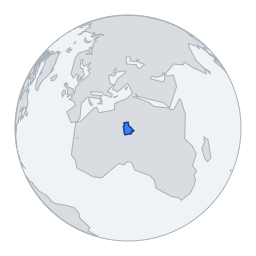 globe centered on Borkou, rotated 323°
{"feature_id": "TCD-5577", "entity_name": "Borkou", "entity_type": "Préfecture", "adm_level": 1, "iso_a3": "TCD", "parent_name": "Chad", "parent_adm1": "", "projection": "orthographic", "projection_center": [18.999, 18.69], "detail": "fine", "context": "on_globe", "style": "filled", "palette": "blue", "viewbox_px": 256, "rotation_deg": 323, "n_neighbors": 0, "source": "natural_earth", "source_scale": "10m", "svg_char_len": 9290}
<svg xmlns="http://www.w3.org/2000/svg" viewBox="0 0 256 256"><g transform="rotate(323 128 128)"><circle cx="128" cy="128" r="113" fill="#eef3f6" stroke="#a8b0b8"/><path d="M125.5,15.4L125.2,15.4L123.4,15.5L125.5,15.4ZM110.3,16.8L107.6,17.3L93.8,21.0L95.3,20.7L91.1,22.4L91.2,22.8L88.6,23.7L91.0,23.3L93.4,22.4L95.2,22.0L95.5,22.3L92.3,23.3L91.6,23.4L90.8,23.8L89.1,24.3L90.1,24.2L86.1,25.7L90.5,24.7L87.7,26.3L84.9,27.2L84.7,26.4L77.7,27.8L74.8,29.1L71.0,31.3L64.9,36.4L61.9,38.3L58.3,41.3L60.1,40.4L63.6,37.7L66.2,37.1L70.2,34.3L71.8,33.7L76.1,31.4L76.0,32.6L73.5,35.1L69.9,37.1L68.8,38.4L72.6,37.3L66.4,42.4L63.0,48.2L61.3,49.6L57.3,50.4L56.2,47.8L50.9,50.1L54.8,49.6L50.6,53.8L50.1,55.0L50.7,55.5L52.5,54.4L51.1,56.2L46.7,57.1L47.9,55.4L49.3,55.1L48.7,54.1L45.7,55.3L43.8,57.6L41.4,57.9L40.0,59.7L38.6,61.0L41.0,58.0L36.7,63.5L33.5,66.8L28.1,75.9L32.1,68.9L36.6,62.1L41.6,55.8L47.0,49.8L52.8,44.2L59.0,39.0L65.5,34.3L72.4,30.0L79.6,26.3L87.0,23.1L94.6,20.4L102.4,18.3L110.3,16.8ZM17.7,105.1L18.0,104.6L16.8,110.7L17.9,106.2L17.4,110.2L18.7,113.8L18.3,114.9L19.2,125.5L22.2,132.3L22.9,137.7L22.4,140.1L23.8,142.2L23.9,144.1L31.6,151.9L37.0,159.2L37.8,165.6L35.3,170.9L37.6,184.6L34.2,185.9L36.4,191.1L39.2,197.1L37.1,194.5L32.3,187.4L28.0,179.9L24.4,172.2L21.3,164.2L18.9,156.0L17.1,147.6L15.9,139.1L15.4,130.6L15.5,122.0L16.3,113.5L17.7,105.1ZM24.9,82.6L22.5,89.1L22.8,87.8L23.0,87.2L24.2,84.3L24.9,82.6ZM28.0,76.4L28.4,75.4L28.2,76.0L28.0,76.4ZM75.9,31.0L75.1,31.5L75.9,31.0ZM77.6,29.9L76.6,30.1L77.2,29.6L77.9,29.5L77.6,29.9ZM78.8,29.8L78.6,28.8L79.8,28.0L83.3,26.9L78.8,29.8ZM94.0,22.0L91.5,22.9L93.3,22.0L94.0,22.0ZM94.7,21.6L97.5,19.8L101.4,18.8L99.6,19.5L104.3,18.2L104.8,18.6L102.3,19.3L99.8,19.9L101.9,19.6L94.7,21.6ZM139.2,15.9L139.5,16.0L138.3,15.8L139.2,15.9ZM96.1,21.8L96.3,21.4L99.6,20.5L99.8,21.1L98.7,21.2L96.1,21.8ZM105.4,17.9L107.9,17.4L108.9,17.5L110.0,17.4L105.2,18.5L105.4,17.9ZM98.1,21.5L99.8,21.4L98.5,22.2L96.1,22.1L98.1,21.5ZM100.4,20.1L102.0,19.7L101.2,20.1L100.4,20.1ZM94.9,25.1L95.1,24.4L96.8,23.9L94.9,25.1ZM100.5,21.4L100.9,21.1L101.6,20.9L102.5,21.0L100.5,21.4ZM106.2,18.6L106.2,18.8L108.3,18.1L109.2,18.4L105.8,19.1L107.6,18.9L107.9,19.0L104.8,19.6L106.2,18.6ZM105.5,20.5L101.4,21.8L100.6,23.0L99.0,23.5L100.6,21.6L105.5,20.5ZM105.3,19.9L105.0,20.3L103.2,20.6L102.3,20.5L105.3,19.9ZM111.0,18.3L110.5,17.7L111.3,17.6L111.0,18.3ZM105.6,20.7L106.6,20.4L105.7,20.8L105.6,20.7ZM109.8,18.9L109.5,18.7L110.4,18.6L109.8,18.9ZM108.7,20.1L107.4,20.5L106.7,20.3L108.7,20.1ZM109.5,19.5L110.8,19.4L107.3,20.0L109.2,19.4L109.5,19.5ZM110.6,18.8L111.1,18.7L110.6,18.9L110.6,18.8ZM112.1,20.5L107.9,21.4L106.4,21.1L110.7,20.2L112.1,20.5ZM147.2,17.0L146.3,16.9L144.0,16.5L147.2,17.0ZM175.7,26.0L176.5,26.3L186.4,31.7L185.6,31.2L192.6,35.7L199.3,40.8L205.6,46.3L211.4,52.3L213.7,55.1L211.0,52.1L214.2,56.2L216.1,58.2L215.0,56.5L218.9,61.7L221.0,64.4L225.2,71.0L228.9,78.0L231.1,82.7L232.8,88.0L233.6,90.1L232.6,88.8L233.9,93.8L237.6,103.0L238.3,106.3L239.1,114.4L238.7,112.1L236.3,108.7L237.6,116.9L239.5,121.5L240.2,128.6L239.5,127.6L238.6,121.5L237.7,120.1L236.6,113.1L233.5,104.0L232.7,107.4L231.5,103.3L227.0,96.8L225.2,101.5L223.0,115.4L224.8,126.1L223.2,131.9L216.2,118.7L212.5,109.1L210.3,111.0L202.9,104.3L191.0,107.1L189.0,104.8L186.9,106.7L181.5,105.0L178.3,101.1L175.3,102.0L183.7,112.3L187.0,111.4L189.2,106.3L191.0,110.2L196.1,112.8L191.7,124.2L173.6,136.7L171.3,128.9L154.8,108.5L155.0,105.9L154.9,105.7L154.7,105.2L153.7,109.4L150.7,105.3L160.0,119.9L161.8,126.4L173.3,137.2L172.4,138.7L175.9,140.7L186.6,135.7L186.7,138.4L182.0,151.7L166.8,170.5L168.5,180.9L166.9,189.9L156.8,196.8L157.1,203.2L151.8,205.9L151.1,209.5L146.5,213.5L139.0,217.3L127.0,217.8L126.7,214.7L121.4,208.7L114.2,192.9L117.7,185.4L116.8,179.4L108.1,165.6L110.0,157.9L107.5,154.5L102.5,155.1L99.6,151.1L96.6,150.8L77.1,152.0L70.9,146.1L63.0,128.9L66.4,122.9L66.6,115.3L89.5,92.2L94.7,94.1L113.2,91.6L115.6,92.5L113.9,98.3L128.1,105.4L132.2,100.4L144.6,103.8L152.6,103.0L154.7,92.0L141.6,92.9L138.9,87.8L149.0,82.5L160.3,82.2L159.6,80.3L152.1,76.4L154.3,72.6L149.4,74.9L151.7,76.7L148.7,78.3L146.4,76.8L147.3,75.4L143.8,74.8L140.5,82.1L142.5,84.7L133.4,86.5L135.8,91.3L133.5,93.7L128.6,86.6L128.8,83.9L120.0,76.6L119.0,79.5L127.2,86.8L124.8,86.2L123.5,90.7L122.6,86.9L113.9,78.8L105.5,80.5L95.4,91.3L90.4,92.0L85.8,89.5L88.8,78.4L99.8,78.2L101.0,74.8L98.2,69.7L101.8,70.2L102.0,68.3L106.1,68.2L111.3,63.7L115.4,63.3L116.9,57.7L119.2,56.8L117.6,60.3L118.7,62.7L128.8,62.2L130.5,61.0L130.7,57.5L133.5,58.1L132.4,54.8L137.9,53.3L130.2,52.6L130.2,49.0L133.3,46.3L131.9,45.1L127.0,49.7L126.2,51.7L127.8,53.5L124.6,59.5L121.2,60.6L119.4,54.2L114.5,55.2L115.2,50.3L128.1,40.3L133.8,38.5L144.2,42.3L143.2,44.4L138.9,43.9L143.4,47.4L142.8,45.6L145.0,46.2L145.6,43.4L147.3,43.7L145.0,40.7L147.1,40.8L148.5,42.7L151.1,39.2L155.3,39.0L155.1,38.1L153.7,37.1L160.0,37.7L159.5,37.1L157.3,36.6L155.1,35.0L153.5,32.6L155.8,32.9L156.6,33.8L161.8,36.5L163.8,39.2L164.5,39.1L163.4,36.9L157.0,33.6L155.5,32.1L158.6,33.3L157.4,32.7L157.3,32.1L159.3,31.9L155.9,30.5L151.9,24.4L155.4,23.7L158.7,25.3L158.3,22.5L162.3,22.7L160.3,22.2L158.7,20.9L157.4,20.8L156.3,20.5L151.7,18.1L152.4,18.1L148.2,17.2L157.6,19.3L166.8,22.3L175.7,26.0ZM82.2,104.5L81.7,106.8L82.2,104.5ZM172.9,87.6L179.4,87.1L175.5,80.8L177.7,80.2L175.6,78.4L175.2,80.4L169.9,75.6L172.4,73.3L171.1,70.6L168.9,70.7L165.3,75.8L172.8,82.6L171.7,85.5L172.9,87.6ZM18.8,113.8L18.8,115.5L18.5,114.9L18.8,113.8ZM21.8,90.4L21.7,90.8L21.2,92.1L21.3,91.8L21.8,90.4ZM21.4,96.4L21.5,97.9L21.1,97.4L21.4,96.4ZM22.2,90.4L21.4,95.5L20.6,95.5L21.3,92.4L21.3,93.1L22.2,90.4ZM26.4,79.4L26.0,80.3L25.6,81.2L26.4,79.4ZM27.8,76.9L28.4,75.7L27.8,76.9ZM50.9,53.7L51.2,53.7L51.3,54.6L50.5,54.8L50.9,53.7ZM56.7,55.1L54.4,58.0L55.5,56.0L53.9,56.7L54.0,53.7L60.5,50.2L57.5,52.2L56.7,55.1ZM56.0,49.1L55.2,51.1L55.9,49.0L56.0,49.1ZM99.2,58.9L100.7,60.1L99.4,62.2L94.3,63.6L96.1,60.5L99.2,58.9ZM103.2,61.4L102.8,55.1L106.0,54.3L104.3,55.8L106.5,55.8L104.3,58.3L107.7,63.9L106.8,66.3L97.8,67.1L101.2,65.4L99.5,64.2L103.2,61.4ZM96.2,43.6L96.1,41.7L103.2,42.2L102.5,44.0L97.3,45.3L95.1,44.0L96.2,43.6ZM84.9,28.4L84.4,28.2L85.3,27.9L86.5,27.7L84.9,28.4ZM94.8,24.8L88.1,29.2L87.2,29.1L84.3,32.1L80.8,33.2L82.7,31.1L77.9,34.4L78.2,32.9L75.2,35.3L79.9,30.5L80.1,29.6L81.3,30.2L84.5,29.2L86.0,28.5L90.2,25.9L92.0,23.8L95.5,22.8L97.5,22.6L97.6,23.0L95.3,23.5L97.1,23.6L93.8,24.6L94.8,24.8ZM118.9,25.7L116.1,25.4L119.2,27.2L115.9,27.6L116.5,27.8L114.3,28.8L112.6,30.5L111.0,30.5L111.0,31.2L109.6,32.0L109.1,32.9L106.1,33.4L105.3,34.7L104.3,34.2L103.7,36.4L102.8,35.0L100.9,36.2L102.7,36.9L88.0,38.7L82.4,41.0L78.2,43.8L77.4,41.6L80.8,37.7L86.2,33.7L91.7,32.0L90.3,31.5L92.5,30.6L92.7,31.4L93.8,29.7L95.6,29.2L100.5,26.6L100.9,24.8L102.7,24.0L103.4,24.5L104.7,23.3L107.4,23.7L108.7,23.2L112.7,23.3L113.4,24.8L114.8,24.1L117.9,24.3L118.9,25.7ZM113.1,20.6L114.7,21.9L113.7,22.9L107.2,22.5L105.7,22.9L101.5,23.0L103.0,21.6L104.1,21.6L105.5,21.4L104.4,21.9L106.3,21.4L107.8,21.5L109.7,21.2L109.7,21.6L113.1,20.6ZM118.1,90.3L119.9,90.6L122.6,90.3L121.9,93.3L118.1,90.3ZM112.0,84.8L113.6,84.5L113.8,88.2L112.0,88.1L112.0,84.8ZM114.3,81.2L113.7,84.2L112.9,82.5L114.3,81.2ZM119.1,59.9L120.8,59.4L121.0,60.2L120.2,61.5L119.1,59.9ZM127.2,32.3L125.8,31.7L126.2,31.4L125.0,29.4L127.3,29.1L129.0,30.2L127.2,32.3ZM152.6,94.0L150.4,96.3L149.1,95.4L150.1,94.8L152.6,94.0ZM135.5,94.9L139.5,96.1L135.2,95.7L135.5,94.9ZM129.5,31.7L128.7,30.9L130.4,31.2L129.5,31.7ZM129.0,28.8L130.8,29.1L127.5,28.9L129.0,28.8ZM185.0,223.4L184.8,224.0L183.5,224.5L185.0,223.4ZM184.8,185.7L176.1,201.9L171.2,202.7L170.9,198.6L174.5,189.1L180.4,185.5L183.4,180.8L184.8,185.7ZM239.6,143.0L239.9,140.8L240.0,140.4L239.6,143.0ZM239.9,140.9L239.5,138.0L236.9,126.3L237.9,125.4L240.2,131.1L240.1,132.8L240.3,135.5L239.9,140.9ZM240.6,127.7L240.6,127.3L240.6,123.8L240.6,127.7ZM225.2,127.0L227.4,132.4L226.3,134.1L225.2,127.0ZM234.7,93.0L234.8,94.3L234.3,92.8L233.7,90.3L234.7,93.0ZM148.3,30.0L147.4,32.8L148.3,35.1L151.2,36.6L146.7,35.9L145.3,32.4L148.3,30.0ZM151.2,24.9L148.7,23.9L150.0,23.8L150.8,24.0L151.2,24.9ZM149.5,24.7L146.0,24.7L144.7,23.8L147.7,24.0L149.5,24.7ZM137.8,27.6L137.3,28.4L136.0,28.0L137.8,27.6ZM140.6,16.1L139.6,16.0L140.0,16.0L140.6,16.1ZM155.7,20.5L154.2,20.0L154.8,19.9L155.7,20.5ZM150.6,18.9L151.0,19.3L149.6,18.7L150.6,18.9ZM152.0,20.3L150.7,19.4L153.3,20.5L152.0,20.3Z" fill="#d9dde1" stroke="#a8b0b8" stroke-width="1"/><path d="M128.3,121.8L128.5,121.9L128.8,122.0L129.0,122.1L129.4,122.3L129.7,122.5L129.9,122.6L130.1,122.7L130.3,122.8L130.6,122.9L130.8,123.0L131.0,123.2L131.2,123.3L131.5,123.4L129.9,126.8L130.1,128.0L130.7,129.4L130.7,130.1L130.6,131.0L130.5,131.8L130.9,133.1L131.1,133.6L130.8,133.8L130.6,133.9L130.4,133.9L130.2,133.8L130.1,133.7L129.9,133.7L129.6,133.7L129.2,133.5L128.8,133.3L128.7,133.1L128.5,132.9L128.4,132.9L128.4,133.1L128.4,133.4L128.2,133.8L128.1,134.0L127.9,134.2L127.8,134.3L127.6,134.4L127.2,134.5L126.6,134.4L126.3,134.2L126.1,134.0L125.9,133.9L125.9,133.7L123.6,132.6L121.4,131.5L121.4,131.4L121.4,131.2L122.9,128.3L124.0,126.5L125.0,124.6L125.1,124.1L125.6,124.1L125.8,124.0L126.1,123.8L126.4,123.6L127.1,123.3L127.5,123.2L127.6,122.8L127.5,122.3L127.5,121.8L127.9,121.5L128.1,121.6L128.3,121.7L128.3,121.8Z" fill="#3b82f6" stroke="#1e3a8a" stroke-width="1.5"/></g></svg>